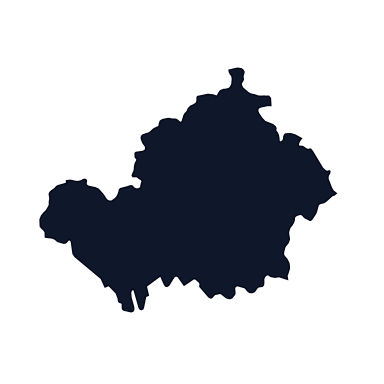 map outline of Teruel (Mercator projection), rotated 195°
{"feature_id": "ESP-5847", "entity_name": "Teruel", "entity_type": "Autonomous Community", "adm_level": 1, "iso_a3": "ESP", "parent_name": "Spain", "parent_adm1": "", "projection": "mercator", "projection_center": [-0.788, 40.603], "detail": "fine", "context": "isolated", "style": "filled", "palette": "ink", "viewbox_px": 384, "rotation_deg": 195, "n_neighbors": 0, "source": "natural_earth", "source_scale": "10m", "svg_char_len": 5120}
<svg xmlns="http://www.w3.org/2000/svg" viewBox="0 0 384 384"><g transform="rotate(195 192 192)"><path d="M140.6,302.9L138.3,296.0L141.4,295.2L147.7,292.0L148.8,291.2L149.5,290.2L149.9,289.0L149.7,287.8L149.3,286.6L147.6,284.7L143.2,281.0L139.8,278.9L131.3,277.9L128.7,276.7L127.7,275.6L127.3,274.6L127.3,273.7L127.2,272.8L126.6,272.3L125.6,271.7L124.7,270.8L123.8,269.7L123.1,268.6L122.0,266.2L121.2,263.8L120.7,263.0L119.9,262.7L118.1,264.1L117.4,265.4L117.1,266.9L117.6,269.5L117.4,270.8L116.8,272.1L114.2,273.1L111.5,273.8L107.3,273.7L100.2,272.0L101.0,270.3L101.6,268.2L101.7,266.9L101.7,265.7L101.5,264.6L100.8,263.8L97.4,264.5L95.9,264.3L94.0,263.5L92.1,263.0L90.7,263.0L88.9,264.1L87.8,263.6L86.1,262.3L72.1,248.8L68.7,247.0L66.8,246.7L65.6,247.4L65.0,247.9L64.2,247.6L64.0,245.4L64.6,244.0L64.7,242.1L64.0,239.6L58.5,232.1L56.2,229.7L52.4,228.0L54.0,225.8L54.8,225.5L55.8,224.6L60.1,218.0L61.3,216.6L62.5,215.6L65.0,214.3L66.0,213.4L66.8,212.0L66.8,205.8L67.0,203.4L69.1,197.0L69.7,195.9L70.6,195.2L74.0,196.0L75.2,196.1L77.4,197.0L78.4,197.8L79.5,198.5L80.7,198.6L81.9,198.5L84.1,197.1L85.2,196.3L86.0,195.2L86.6,194.2L86.0,190.8L86.2,188.8L86.9,186.0L88.0,183.7L88.4,182.3L88.5,178.6L88.1,176.8L87.1,174.5L86.3,172.9L85.8,171.4L85.9,169.6L86.0,168.1L86.6,166.6L87.8,164.0L88.2,162.3L88.1,158.1L87.9,156.5L87.5,155.1L86.3,153.8L82.8,151.4L80.9,149.3L79.9,147.9L78.9,145.6L78.2,142.9L78.5,137.2L78.7,135.7L77.2,132.4L86.0,132.9L89.8,131.2L94.1,130.9L96.7,132.0L98.1,131.6L99.4,130.2L100.2,128.2L100.3,126.3L99.2,122.5L99.0,120.5L99.7,119.1L102.8,117.9L103.7,117.2L104.5,116.0L105.5,113.0L106.3,111.7L107.6,110.6L109.1,110.1L110.7,110.1L112.2,110.6L116.1,113.3L124.0,113.4L125.6,112.2L126.1,110.4L125.7,108.6L124.9,106.9L124.4,105.2L124.5,103.9L126.0,100.4L127.1,99.3L128.5,98.8L131.4,98.8L137.6,101.5L138.8,101.4L143.7,98.9L145.3,95.5L145.8,94.9L146.5,94.5L148.4,94.9L159.9,102.7L160.1,104.6L160.6,105.9L161.4,106.7L166.0,109.0L167.2,109.0L168.2,108.4L175.5,100.0L183.4,106.6L184.7,107.0L186.4,106.5L187.6,104.9L190.2,96.2L191.6,94.5L193.1,94.3L194.5,95.4L200.7,103.1L211.9,89.1L207.5,80.9L209.8,79.1L209.1,68.2L209.3,66.3L210.6,65.3L211.8,65.5L213.0,66.5L222.2,81.9L223.2,82.8L224.3,82.7L225.2,81.0L225.3,79.9L225.3,78.8L223.6,74.1L218.6,65.6L217.9,63.5L218.2,61.7L219.8,60.6L227.4,60.3L228.4,60.8L229.2,61.9L230.0,65.1L230.4,66.0L231.2,66.7L233.7,66.8L234.5,67.4L235.8,70.4L239.0,74.8L248.2,80.3L251.4,77.8L257.3,85.0L288.2,99.3L290.8,101.5L295.9,113.4L298.3,114.4L299.0,113.8L300.3,111.1L300.8,110.4L301.4,109.9L302.7,109.4L308.9,109.5L312.2,111.1L315.3,111.5L321.9,110.5L323.4,115.4L325.5,117.1L327.4,118.0L329.6,119.6L331.6,126.1L331.1,130.2L330.4,131.5L329.8,133.2L328.3,135.5L327.7,136.7L327.4,138.0L327.0,139.4L326.6,140.9L326.3,142.6L327.1,145.3L327.3,146.6L327.4,148.4L327.9,149.9L329.3,153.1L329.2,154.4L328.6,155.7L327.9,156.8L325.4,159.8L324.2,162.2L323.3,163.2L316.1,167.5L315.4,168.2L316.1,170.3L312.4,171.8L307.3,172.0L305.5,172.3L303.9,172.9L302.8,173.5L301.6,174.4L300.5,175.5L299.1,176.4L297.9,176.4L297.0,175.8L296.8,174.7L296.8,173.5L296.4,172.2L295.5,171.2L293.3,170.6L286.6,171.0L283.2,170.4L277.1,166.4L275.1,164.6L274.1,163.6L272.8,162.6L271.0,161.7L268.6,161.8L267.1,162.4L264.6,165.5L263.9,166.7L263.3,167.8L262.7,170.4L262.5,173.1L262.6,174.4L262.6,175.6L261.9,176.7L255.2,180.5L254.1,181.4L252.5,182.2L251.4,182.3L249.2,180.8L247.0,180.4L245.4,180.7L244.0,181.5L242.8,182.8L242.7,184.1L242.9,185.3L243.0,186.6L242.8,189.1L243.2,190.1L244.2,190.8L245.3,191.2L246.5,191.4L247.5,192.0L248.6,192.4L249.8,192.6L252.1,191.8L253.1,191.7L253.9,192.3L253.8,194.7L253.5,196.1L253.3,197.4L253.6,199.9L253.9,201.1L254.1,202.3L254.1,204.9L253.9,206.1L253.5,207.3L253.4,208.4L253.6,209.5L255.5,210.7L255.7,210.9L256.4,213.0L256.8,214.1L256.8,215.1L256.1,215.8L250.0,218.4L248.6,219.6L247.8,220.9L248.0,222.2L248.4,223.5L249.2,224.5L251.3,226.1L252.2,226.9L253.8,229.0L254.6,230.2L255.1,231.6L254.9,233.3L254.2,234.4L248.9,237.8L247.6,239.3L245.5,242.7L243.9,244.3L241.0,246.6L240.8,247.7L241.1,248.9L241.1,250.3L241.0,252.1L240.1,253.3L239.0,254.3L234.2,256.7L233.0,257.0L230.5,257.1L229.2,257.3L228.1,257.7L227.1,257.9L226.4,258.0L224.3,257.4L223.1,256.7L221.9,256.2L220.6,256.2L219.9,257.1L219.6,258.3L219.6,260.8L219.5,262.0L219.6,263.2L219.0,265.8L218.1,267.4L217.5,268.6L217.2,271.3L216.5,272.8L215.4,274.6L213.6,276.0L211.4,278.2L210.8,279.4L210.6,280.8L210.8,282.1L211.5,284.5L211.3,285.6L202.0,290.3L197.0,291.1L194.7,291.0L193.7,290.8L192.7,291.1L192.2,292.0L191.6,294.8L191.1,296.4L189.9,297.8L189.5,298.1L187.8,299.3L186.4,299.6L183.3,301.3L182.4,302.4L181.8,303.7L181.4,306.3L181.4,307.4L181.7,308.5L181.8,309.6L182.3,312.0L183.4,314.3L184.3,315.2L185.4,315.8L186.9,317.6L187.7,319.3L180.3,323.2L178.6,323.5L176.2,323.7L174.8,323.2L173.7,322.4L172.9,321.4L172.8,320.1L172.9,318.7L172.8,317.5L172.7,316.3L172.1,315.3L171.7,314.3L171.7,313.1L172.0,311.9L172.4,310.8L172.6,309.4L172.1,308.0L170.2,305.7L163.6,302.5L161.4,301.9L159.9,301.7L157.5,302.0L152.8,301.7L149.5,302.4L147.0,303.3L145.8,303.4L142.7,304.3L140.6,302.9Z" fill="#0f172a" stroke="#020617" stroke-width="1.5"/></g></svg>